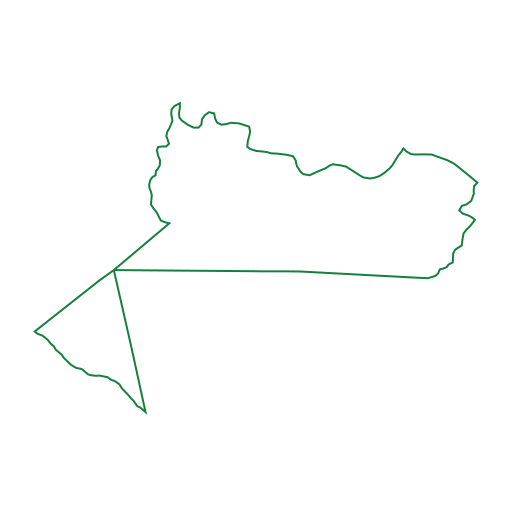 Vigia, Pará, Brazil (Albers equal-area conic projection), rotated 89°
{"feature_id": "56859067B98981915099258", "entity_name": "Vigia", "entity_type": "district", "adm_level": 2, "iso_a3": "BRA", "parent_name": "Brazil", "parent_adm1": "Pará", "projection": "albers", "projection_center": [-48.119, -0.944], "detail": "fine", "context": "isolated", "style": "outline", "palette": "green", "viewbox_px": 512, "rotation_deg": 89, "n_neighbors": 0, "source": "geoboundaries", "source_scale": "gbopen_adm2", "svg_char_len": 2153}
<svg xmlns="http://www.w3.org/2000/svg" viewBox="0 0 512 512"><g transform="rotate(89 256 256)"><path d="M101.9,329.5L104.7,335.0L107.9,337.8L111.8,338.3L119.5,337.2L126.6,340.3L130.4,342.6L134.6,343.6L138.0,342.3L142.3,341.1L145.0,344.0L144.8,347.6L145.4,352.1L148.9,353.2L154.1,352.1L158.6,350.3L163.6,350.6L166.9,352.4L169.5,354.6L173.5,355.0L175.3,358.2L178.1,360.3L182.8,361.6L186.4,361.3L189.6,360.0L193.5,359.1L202.7,360.2L206.6,357.7L210.8,354.5L218.8,350.6L220.5,346.9L221.8,342.1L267.6,398.4L271.1,261.0L271.4,251.8L271.9,224.4L272.3,211.6L280.2,99.9L281.2,84.6L280.0,80.3L279.0,76.9L276.6,74.2L272.5,72.4L271.8,69.0L270.5,65.6L267.8,63.5L265.9,59.4L261.5,59.1L256.9,58.8L253.4,56.9L251.4,54.1L249.2,50.1L242.6,49.2L237.1,48.1L233.2,45.0L230.3,41.8L226.8,38.9L223.6,36.5L221.0,39.7L218.9,43.5L217.4,48.3L213.9,52.0L209.5,49.3L207.9,44.3L204.6,39.8L197.4,37.1L194.1,37.2L190.0,36.7L186.5,33.4L179.7,41.2L170.6,52.1L166.9,56.7L163.4,63.4L157.6,78.7L157.3,86.1L157.3,90.1L157.3,95.4L156.8,99.3L154.0,103.9L151.0,106.7L154.8,109.2L157.7,111.8L167.4,117.9L170.9,121.0L175.2,126.3L178.3,131.3L179.9,136.6L180.5,140.9L179.2,147.7L175.7,153.1L172.2,158.3L170.2,161.4L168.1,164.6L166.9,169.7L166.3,173.9L165.6,177.6L166.9,180.9L169.3,184.5L172.2,191.8L176.2,201.1L174.9,207.5L172.4,210.1L166.7,213.6L161.0,214.7L157.0,217.2L155.5,222.6L154.9,226.6L154.1,232.1L153.6,238.9L152.3,243.4L151.6,247.9L151.0,253.7L149.0,259.9L146.7,262.8L141.0,262.2L136.0,260.7L131.6,259.7L126.5,260.6L123.1,270.8L122.4,278.6L123.6,283.6L124.1,288.4L121.9,292.6L117.7,294.6L112.7,295.3L111.4,300.5L114.3,304.7L118.3,307.6L123.6,308.3L126.6,311.1L126.5,316.3L123.6,321.9L119.3,327.8L116.2,330.2L111.8,330.5L106.2,329.5L101.9,329.5ZM410.1,369.2L346.5,381.9L267.6,398.4L278.0,413.4L327.6,478.6L330.0,475.7L331.8,471.1L333.8,468.4L336.6,465.4L339.9,463.0L342.7,459.7L346.1,457.9L351.3,452.0L354.4,450.0L361.8,442.6L364.7,437.9L366.0,432.2L371.5,425.9L372.4,422.6L373.0,418.1L372.8,414.6L374.6,406.5L377.2,403.1L378.6,399.3L382.0,394.7L386.1,392.3L392.1,386.7L395.5,384.0L398.5,381.1L404.0,377.4L405.7,374.1L410.1,369.2Z" fill="none" stroke="#15803d" stroke-width="2"/></g></svg>